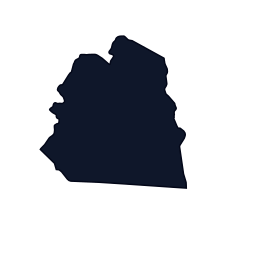 an SVG outline of As Suwayda', rotated 37°
{"feature_id": "SYR-143", "entity_name": "As Suwayda'", "entity_type": "Province", "adm_level": 1, "iso_a3": "SYR", "parent_name": "Syria", "parent_adm1": "", "projection": "orthographic", "projection_center": [36.682, 32.769], "detail": "fine", "context": "isolated", "style": "filled", "palette": "ink", "viewbox_px": 256, "rotation_deg": 37, "n_neighbors": 0, "source": "natural_earth", "source_scale": "10m", "svg_char_len": 3123}
<svg xmlns="http://www.w3.org/2000/svg" viewBox="0 0 256 256"><g transform="rotate(37 128 128)"><path d="M210.7,140.9L199.4,148.3L175.0,164.2L159.2,174.5L137.3,188.9L114.3,204.8L112.5,205.4L110.4,205.3L101.3,202.9L98.2,202.8L95.7,204.3L90.5,200.4L70.9,197.9L70.8,196.9L71.4,192.1L71.5,191.6L71.1,183.4L71.2,182.6L72.2,179.4L72.3,178.7L72.4,177.3L72.2,176.7L71.9,175.9L70.5,173.6L68.5,171.4L67.8,170.3L67.8,169.9L67.9,169.3L68.6,167.6L69.6,166.3L69.7,166.1L69.5,165.1L67.8,162.4L65.5,162.7L65.1,162.7L64.8,162.6L64.3,162.3L63.8,161.9L63.5,161.4L62.9,160.8L62.5,160.7L62.2,160.6L61.9,160.6L59.1,161.0L56.9,161.0L54.5,160.6L54.3,160.3L54.2,159.8L54.4,158.7L54.5,158.1L55.0,156.9L55.2,156.2L55.0,155.7L54.2,153.8L54.1,153.0L54.3,152.1L54.6,151.8L54.9,151.5L56.7,151.0L57.2,150.8L57.4,150.6L57.6,150.4L58.4,149.6L58.6,149.4L59.1,149.1L60.1,148.5L60.5,148.2L60.9,147.8L61.0,147.6L61.2,147.3L61.5,146.1L61.5,145.3L61.2,144.7L60.5,144.0L58.6,142.7L57.7,142.2L57.1,142.0L54.2,141.7L53.6,141.5L51.4,140.6L51.1,140.5L50.7,140.5L50.0,140.4L49.4,140.3L49.0,140.1L48.8,139.9L48.5,139.6L48.2,138.8L48.0,138.4L47.9,138.0L47.8,136.9L47.8,136.2L47.9,135.1L48.2,134.3L49.7,132.8L48.7,121.5L48.7,118.8L48.9,118.4L49.0,118.2L49.2,117.7L48.6,115.9L46.1,109.8L45.8,108.0L45.4,106.8L45.3,105.8L45.3,105.4L45.4,105.1L45.6,104.5L46.7,102.2L46.8,101.9L46.8,101.5L46.8,101.2L46.8,100.9L46.7,100.6L46.6,100.3L46.2,99.5L46.0,98.9L46.0,98.6L46.0,98.2L46.3,97.7L46.8,97.2L49.1,95.5L50.8,94.5L52.8,92.6L57.2,89.2L58.2,88.7L59.8,88.3L65.5,87.9L73.9,88.5L74.6,88.5L74.9,88.4L75.0,88.1L75.1,87.7L74.8,86.8L74.1,85.4L73.9,84.8L73.8,84.5L73.8,84.2L73.6,80.2L73.4,79.6L73.3,79.3L73.1,79.1L72.9,78.9L72.7,78.8L72.4,78.7L72.0,78.7L71.3,78.7L71.0,78.8L68.8,79.6L68.6,79.6L68.4,79.6L68.1,79.5L67.9,79.4L67.6,79.3L67.4,79.1L67.1,78.6L67.0,78.4L66.9,78.0L66.9,75.4L66.8,74.7L66.7,74.1L66.5,73.5L65.5,71.3L65.1,70.2L64.8,69.0L64.8,68.5L64.8,68.0L65.0,67.1L65.1,66.0L65.1,65.6L65.0,65.0L64.7,64.1L64.6,63.8L64.6,63.4L64.6,62.9L64.8,62.2L65.0,61.4L65.5,60.6L66.2,59.7L67.0,59.0L69.4,57.1L70.0,57.0L70.9,57.0L74.9,57.5L76.0,57.2L78.8,55.8L114.7,50.6L115.0,50.8L116.3,52.2L116.9,52.7L118.1,53.9L119.3,54.8L123.5,57.1L123.9,57.4L125.5,59.2L126.1,60.3L126.2,60.9L126.5,62.9L126.8,63.4L127.1,63.9L132.1,69.0L132.4,69.4L132.6,69.7L132.8,70.3L133.2,71.7L133.3,73.2L133.4,73.9L133.6,74.5L133.7,74.8L133.9,75.0L134.2,75.5L137.2,77.6L137.6,77.9L140.1,78.2L140.9,78.2L150.2,80.2L150.9,80.6L151.1,80.8L151.5,81.2L152.3,81.8L153.9,82.7L154.4,83.0L154.6,83.2L154.7,83.5L154.8,83.7L154.9,84.0L155.0,84.3L155.0,84.6L155.0,85.0L154.9,85.6L154.9,86.6L155.0,86.8L155.0,87.0L155.3,87.5L155.6,88.0L155.9,88.4L156.1,88.6L156.3,88.8L156.7,89.2L156.9,89.4L157.1,89.9L157.2,90.2L157.4,90.4L157.5,90.6L157.6,90.8L157.9,91.2L158.3,91.5L158.5,91.9L158.8,92.9L166.0,97.1L167.9,97.9L168.1,97.9L168.7,97.7L168.9,97.5L169.1,97.4L169.5,96.9L170.2,96.8L174.3,96.9L176.5,97.7L177.6,98.7L178.2,99.7L178.4,100.2L178.6,100.8L179.1,102.4L179.8,110.2L179.9,110.8L180.0,111.1L180.4,111.9L200.0,131.3L207.0,136.4L208.2,137.8L210.7,140.9L210.7,140.9Z" fill="#0f172a" stroke="#020617" stroke-width="1.5"/></g></svg>